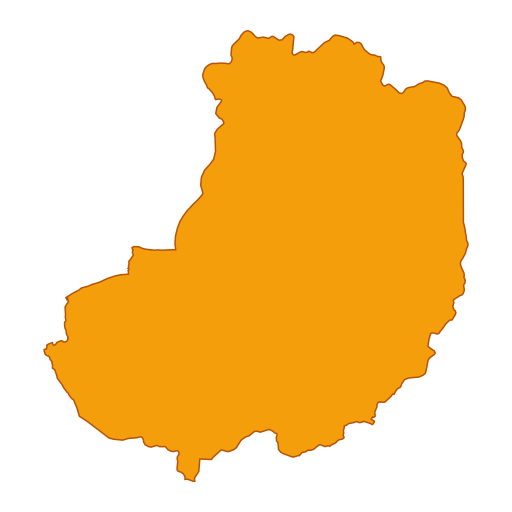 the district of Baños de Agua Santa, Tungurahua, Ecuador
{"feature_id": "8360857B58135855754809", "entity_name": "Baños de Agua Santa", "entity_type": "district", "adm_level": 2, "iso_a3": "ECU", "parent_name": "Ecuador", "parent_adm1": "Tungurahua", "projection": "albers", "projection_center": [-78.297, -1.33], "detail": "fine", "context": "isolated", "style": "filled", "palette": "amber", "viewbox_px": 512, "rotation_deg": 0, "n_neighbors": 0, "source": "geoboundaries", "source_scale": "gbopen_adm2", "svg_char_len": 5927}
<svg xmlns="http://www.w3.org/2000/svg" viewBox="0 0 512 512"><path d="M458.6,97.8L452.0,96.3L449.4,92.9L447.3,88.1L444.2,85.3L439.3,83.1L427.6,80.9L424.8,81.1L422.6,82.7L419.5,83.5L414.9,86.4L408.5,87.6L406.8,88.3L405.7,89.1L403.1,92.8L401.6,93.5L399.3,93.0L396.0,89.7L390.3,84.8L389.1,84.3L387.9,84.3L385.1,86.0L383.7,85.7L382.7,84.8L380.6,81.1L382.8,75.5L384.3,68.2L384.2,66.6L383.8,65.2L382.3,63.3L381.0,61.0L380.7,56.9L380.2,56.6L377.5,56.5L374.8,55.1L371.0,54.7L369.2,53.7L364.6,49.8L363.5,48.3L361.2,43.9L359.6,42.6L358.2,42.3L356.3,42.6L354.2,44.2L353.8,44.0L353.8,43.4L353.1,42.3L351.9,41.1L347.4,38.1L338.6,35.5L334.9,35.1L332.6,36.4L329.2,40.4L325.5,42.0L323.4,43.5L315.0,51.5L313.7,52.3L313.0,52.7L312.0,52.6L308.9,51.2L308.2,51.4L307.8,52.1L306.8,52.3L305.4,52.4L302.2,51.6L301.2,51.7L299.3,52.5L294.9,55.0L293.9,55.1L292.8,54.2L292.2,53.4L292.1,52.8L292.6,50.1L293.9,36.6L292.9,35.3L291.7,34.5L290.5,34.1L288.7,34.4L285.1,36.5L282.0,39.9L278.9,40.2L273.2,36.4L271.6,36.5L269.0,38.2L268.3,38.3L263.3,37.1L258.4,37.9L256.9,37.7L254.5,35.7L253.5,34.3L251.2,32.2L247.9,30.7L245.3,31.4L243.7,32.4L241.1,35.3L239.3,38.8L233.8,44.1L232.1,46.1L231.5,48.9L231.0,55.0L232.2,57.9L231.9,60.1L231.1,62.1L229.4,63.6L227.5,63.8L225.8,63.3L220.3,63.1L215.9,63.5L212.3,63.4L211.4,63.7L208.8,64.9L205.8,67.2L204.6,69.0L202.6,75.1L203.1,77.8L204.5,81.5L206.7,85.3L207.4,87.7L209.0,88.8L212.8,93.1L214.3,95.9L215.4,99.4L216.0,99.6L218.0,99.0L219.7,99.1L221.2,99.7L221.5,100.1L221.7,100.6L221.3,101.5L216.9,107.4L215.8,113.7L219.5,118.1L222.1,119.3L223.7,122.2L223.8,123.5L217.3,129.2L215.0,132.9L214.6,134.5L215.1,137.9L215.5,151.3L213.7,159.1L209.7,164.6L204.7,170.0L201.4,177.3L200.7,185.4L202.7,192.2L202.5,194.4L198.2,199.4L193.2,204.2L186.8,211.2L183.1,216.2L179.9,221.6L179.3,223.2L177.4,228.2L175.5,236.1L175.0,244.0L175.7,249.8L172.7,249.7L161.8,250.2L158.0,249.9L154.5,250.2L144.9,249.1L140.8,247.8L139.1,246.8L133.9,246.6L132.1,247.5L132.0,247.8L132.4,249.1L133.0,249.8L132.4,251.8L132.5,253.2L133.3,254.4L133.3,255.1L130.2,259.8L129.1,260.8L128.8,262.7L129.2,263.9L128.5,265.5L128.6,267.2L128.0,268.4L128.9,269.0L128.8,269.7L128.1,270.6L128.4,271.9L128.4,274.2L120.5,274.8L114.8,276.0L107.2,278.6L100.8,281.6L97.8,282.8L92.5,284.3L87.7,286.3L81.7,287.9L80.5,288.6L79.4,289.8L72.9,293.2L66.2,297.4L66.7,297.7L66.4,298.3L67.6,298.4L66.8,299.7L67.4,300.1L68.0,300.0L68.5,301.4L67.7,302.4L67.7,303.0L66.7,304.1L65.4,306.4L65.4,307.0L65.1,307.1L65.5,314.6L65.3,317.6L65.9,320.4L65.6,321.2L64.6,322.2L64.6,325.8L65.1,328.4L66.2,330.8L66.2,332.9L67.0,335.3L68.1,337.2L67.8,337.7L67.8,339.7L66.5,341.4L65.3,341.9L63.7,342.1L62.8,341.1L61.4,340.6L60.2,341.0L57.1,342.3L55.5,344.6L54.0,345.2L53.1,344.9L52.3,342.6L48.2,344.2L46.8,345.2L47.0,347.0L46.1,349.3L44.7,349.2L44.1,349.6L44.2,351.3L44.8,352.6L44.9,353.7L45.6,354.7L46.6,355.5L48.5,356.1L49.1,356.7L49.6,357.3L50.0,359.1L51.9,361.7L52.1,364.0L52.6,365.1L52.4,368.0L52.7,368.4L54.7,369.6L56.8,375.7L57.3,378.3L61.9,384.4L64.2,388.5L67.2,392.4L68.1,393.0L69.3,395.5L71.4,398.3L73.7,400.1L77.1,408.4L79.4,416.3L86.2,420.6L109.0,438.0L113.9,439.3L122.8,440.1L128.1,438.5L137.0,437.7L140.8,436.7L141.9,437.3L143.1,438.9L143.8,442.4L145.1,444.7L148.2,446.5L151.1,447.1L156.8,445.4L159.4,446.6L163.1,446.7L165.2,446.5L167.9,449.6L170.9,451.2L173.5,451.6L176.8,450.7L177.7,450.9L178.6,452.0L179.0,453.1L178.9,454.2L177.3,457.1L177.1,458.0L177.7,461.6L177.0,468.8L177.4,470.6L178.7,471.5L180.9,472.1L183.4,473.9L185.0,476.8L185.0,479.4L186.3,479.2L188.1,479.4L193.1,481.2L194.3,481.3L194.8,481.2L194.5,479.3L194.7,477.8L198.8,471.4L199.8,459.0L211.5,459.5L212.4,458.0L221.2,449.9L227.6,451.6L229.0,451.4L233.7,449.7L236.3,447.8L240.6,440.9L241.9,439.5L245.9,436.8L249.2,435.8L254.3,431.5L257.4,431.2L259.4,432.0L260.6,432.1L269.0,429.4L272.7,431.1L274.7,432.9L276.7,433.5L277.0,434.1L277.0,435.2L276.2,437.9L276.5,439.0L276.5,441.0L277.5,441.9L278.1,443.7L278.5,449.4L280.6,452.1L283.0,453.5L291.9,456.8L293.8,457.0L298.5,455.5L299.3,455.7L301.9,452.6L306.1,451.6L307.6,450.3L310.7,450.3L312.4,449.8L314.6,448.7L315.7,447.5L319.3,444.8L320.2,444.7L325.1,446.6L328.2,445.7L329.8,446.3L331.2,445.0L332.7,444.5L333.3,443.8L334.6,443.5L335.9,442.6L338.0,440.4L339.2,439.8L342.6,439.0L343.9,437.9L344.0,437.1L343.2,435.3L343.3,434.5L343.7,433.5L343.5,430.1L344.3,427.5L344.2,426.2L346.9,424.9L348.7,423.6L354.5,422.4L356.0,421.6L357.1,421.7L358.7,422.5L359.9,422.6L362.2,422.1L363.7,421.3L370.7,423.6L372.1,424.6L372.7,424.4L374.2,422.3L374.4,421.3L371.2,419.2L372.5,417.0L373.3,417.4L374.8,416.7L375.1,416.3L375.1,414.3L374.7,413.0L374.9,411.9L377.0,406.7L376.8,405.1L378.3,402.1L380.3,402.2L381.3,401.9L382.2,402.2L384.9,402.1L391.2,396.2L392.6,394.1L394.2,394.2L395.1,392.1L396.8,389.5L397.8,388.6L399.9,387.5L400.8,386.5L401.7,383.8L404.5,379.6L408.6,378.0L419.2,377.0L423.2,375.1L425.3,373.3L426.3,369.8L427.9,360.9L428.6,359.4L429.7,357.9L434.4,354.3L435.1,353.3L435.1,352.5L434.2,350.9L428.4,346.8L428.0,345.8L429.0,339.2L430.4,334.4L431.0,333.4L432.3,333.0L433.9,333.0L436.8,334.0L438.4,333.7L439.3,333.0L440.2,331.1L440.9,330.6L443.7,327.1L445.5,324.2L449.6,320.2L452.1,319.9L454.9,315.4L455.9,312.8L455.4,311.0L454.1,309.8L452.8,306.9L453.8,302.9L453.4,300.2L454.2,299.3L459.6,295.8L462.1,294.8L463.0,293.8L464.2,290.9L464.2,288.8L463.6,285.5L464.1,284.1L464.9,283.2L465.2,280.4L464.8,278.9L463.8,277.0L464.2,275.8L464.0,273.1L461.5,267.7L460.6,264.9L460.4,263.2L460.9,260.9L462.6,258.5L465.5,253.1L466.4,249.3L467.9,245.6L467.9,243.1L466.6,240.6L466.1,235.6L465.5,233.4L465.0,229.0L463.4,222.2L463.3,178.9L463.0,176.3L462.2,174.1L462.3,173.0L466.2,164.3L465.9,162.8L464.5,161.9L463.3,160.5L462.2,157.0L462.3,154.3L463.3,152.6L463.4,151.0L461.7,147.0L461.5,143.0L460.6,140.9L456.9,135.7L456.6,134.3L456.8,133.2L459.4,129.8L463.3,119.4L464.1,116.4L464.3,112.9L465.3,110.3L465.4,107.6L464.7,105.6L461.3,100.0L458.6,97.8Z" fill="#f59e0b" stroke="#b45309" stroke-width="1.5"/></svg>